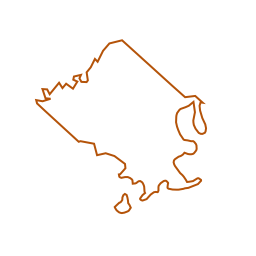 Madison, Louisiana, United States of America, rotated 42°
{"feature_id": "52423323B38488721572151", "entity_name": "Madison", "entity_type": "district", "adm_level": 2, "iso_a3": "USA", "parent_name": "United States of America", "parent_adm1": "Louisiana", "projection": "albers", "projection_center": [-91.092, 32.342], "detail": "fine", "context": "isolated", "style": "outline", "palette": "amber", "viewbox_px": 256, "rotation_deg": 42, "n_neighbors": 0, "source": "geoboundaries", "source_scale": "gbopen_adm2", "svg_char_len": 2463}
<svg xmlns="http://www.w3.org/2000/svg" viewBox="0 0 256 256"><g transform="rotate(42 128 128)"><path d="M59.7,107.8L60.0,114.3L66.3,119.5L66.5,121.6L62.5,124.9L58.7,123.6L57.5,120.0L53.4,125.9L55.0,128.7L59.3,127.4L60.8,135.6L52.4,136.5L52.6,142.2L46.5,140.5L47.2,155.3L42.1,153.4L38.4,156.3L46.8,161.1L50.9,158.1L46.6,165.3L41.1,168.7L44.0,170.6L55.3,170.8L100.6,171.2L101.5,169.6L113.3,162.4L123.2,168.9L128.3,161.7L136.7,157.9L149.8,156.7L153.0,159.6L153.1,167.6L152.3,168.6L154.1,170.0L155.0,170.0L156.4,169.5L158.6,166.5L160.7,164.6L163.0,163.8L165.2,163.6L166.3,163.9L168.8,166.2L170.5,164.3L171.0,163.3L171.3,161.3L171.7,160.2L172.7,159.2L174.7,158.9L175.9,159.1L178.0,160.0L179.3,160.8L182.5,163.9L183.4,164.6L184.2,164.9L183.7,168.0L184.1,171.8L184.4,172.6L185.0,172.8L185.8,172.8L186.5,172.6L187.3,172.2L187.5,171.9L189.4,168.4L189.4,163.9L189.4,162.3L190.2,158.5L191.2,157.1L192.9,155.9L193.0,155.7L192.5,154.1L190.3,151.7L190.0,151.3L189.4,150.2L189.2,147.2L190.0,143.6L190.4,142.9L191.2,142.0L191.6,141.8L192.4,141.7L194.4,141.9L194.7,142.1L195.2,143.0L196.7,145.2L197.3,145.9L197.8,146.1L198.7,146.0L202.3,143.9L205.4,141.3L207.0,139.8L209.9,136.1L210.6,134.8L212.9,132.1L217.5,122.9L217.6,118.3L216.9,117.7L214.1,118.1L213.3,118.9L211.8,124.0L209.2,127.3L208.0,128.6L205.7,127.8L202.1,126.9L199.9,126.6L196.9,126.6L188.4,124.8L186.6,124.1L184.9,123.0L184.0,121.6L183.8,120.8L183.8,119.7L184.8,115.5L185.9,113.5L186.3,112.2L186.6,110.8L186.5,108.6L190.0,107.2L191.6,106.1L192.5,105.3L193.4,104.1L193.8,103.3L193.9,102.1L193.7,99.3L193.6,98.8L193.2,98.0L192.9,97.5L190.6,95.2L189.3,94.5L186.5,94.0L185.2,94.2L183.7,95.6L180.6,97.3L178.0,99.1L177.1,99.4L171.0,97.9L166.5,95.8L163.4,94.1L159.9,91.6L156.4,87.4L155.5,86.1L154.5,84.0L154.1,80.3L154.3,78.7L156.8,74.1L158.3,70.8L159.2,64.8L167.2,71.5L171.5,78.7L172.9,80.1L174.9,81.7L178.6,83.3L183.8,84.3L185.9,83.7L187.3,82.5L188.3,80.1L187.9,78.6L186.2,76.0L183.0,73.6L176.6,70.9L169.9,66.8L166.3,63.6L164.8,60.4L166.6,59.2L156.5,59.2L149.8,66.9L132.4,67.0L104.5,66.9L64.9,66.8L57.6,77.6L57.8,87.3L61.1,99.1L57.2,98.8L59.7,107.8ZM176.9,196.7L177.9,196.6L179.7,195.8L180.4,195.3L181.9,193.4L183.3,190.7L183.7,189.8L183.9,188.8L183.4,185.4L180.6,184.2L178.4,183.7L176.6,182.0L174.0,180.0L171.8,178.7L169.8,179.1L169.5,181.0L170.3,183.3L171.9,185.3L172.2,187.5L171.8,189.1L171.5,189.4L171.0,195.6L171.3,195.8L173.1,196.4L174.7,196.8L176.9,196.7Z" fill="none" stroke="#b45309" stroke-width="2"/></g></svg>